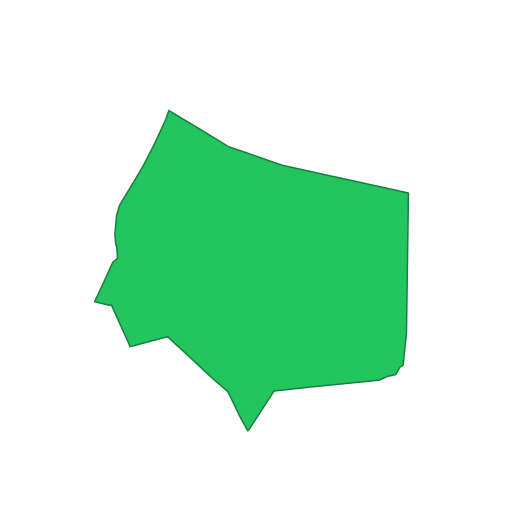 outline of Kebkabiya, North Darfur, Sudan, rotated 63°
{"feature_id": "16777658B23897511285986", "entity_name": "Kebkabiya", "entity_type": "district", "adm_level": 2, "iso_a3": "SDN", "parent_name": "Sudan", "parent_adm1": "North Darfur", "projection": "robinson", "projection_center": [24.187, 13.614], "detail": "fine", "context": "isolated", "style": "filled", "palette": "green", "viewbox_px": 512, "rotation_deg": 63, "n_neighbors": 0, "source": "geoboundaries", "source_scale": "gbopen_adm2", "svg_char_len": 2998}
<svg xmlns="http://www.w3.org/2000/svg" viewBox="0 0 512 512"><g transform="rotate(63 256 256)"><path d="M420.2,174.6L393.7,157.3L269.1,91.6L243.4,122.8L215.1,157.4L187.0,191.5L176.3,201.8L162.8,214.7L161.7,215.7L158.0,219.3L146.0,231.0L144.2,232.1L142.0,233.4L122.1,245.6L116.2,249.2L113.9,250.6L113.6,250.8L111.6,252.1L98.6,260.3L86.9,267.6L93.0,274.1L101.2,284.3L101.7,284.9L110.5,296.2L124.3,315.4L129.9,324.1L130.5,325.1L132.6,328.4L137.1,335.6L140.9,341.7L142.6,344.5L148.9,354.5L149.0,354.6L149.2,354.8L149.3,354.9L149.5,355.0L149.9,355.5L150.0,355.6L151.1,356.7L152.7,358.1L156.0,361.3L156.5,361.8L159.1,363.4L163.5,366.2L164.6,366.9L167.5,368.7L168.8,369.5L171.3,371.1L172.1,371.5L172.4,371.8L172.6,371.9L172.8,372.0L173.3,372.2L173.5,372.3L179.3,374.6L179.7,374.7L180.2,374.9L181.0,375.3L181.6,375.5L181.9,375.6L182.0,375.6L182.4,375.6L182.8,375.7L183.3,375.7L184.3,375.8L184.5,375.8L184.8,375.9L184.9,376.0L185.2,376.1L185.4,376.2L185.7,376.3L186.5,376.7L186.9,376.9L187.5,377.1L187.8,377.2L187.9,377.3L188.1,377.4L188.8,377.7L190.0,378.2L190.3,378.3L191.8,379.0L192.9,379.5L194.9,380.3L195.1,380.4L196.7,386.6L205.4,397.5L213.6,407.9L214.4,409.0L219.0,414.7L219.8,415.8L221.5,418.0L222.3,419.0L222.7,419.5L222.9,419.7L222.9,419.8L223.0,419.9L223.1,420.1L223.3,420.3L223.5,420.4L223.8,420.1L224.1,419.8L224.1,419.7L224.3,419.5L224.4,419.4L224.6,419.2L225.0,418.7L225.2,418.4L225.3,418.4L225.5,418.2L225.7,417.9L226.2,417.4L226.3,417.2L226.6,416.9L226.8,416.6L228.5,414.7L228.8,414.4L229.1,413.9L229.6,413.4L229.9,413.0L230.1,412.9L230.2,412.7L230.7,412.1L230.8,412.0L230.9,411.9L231.3,411.4L231.6,411.1L232.9,409.5L233.0,409.4L233.2,409.2L234.2,407.0L237.5,407.2L239.5,407.3L242.1,407.4L244.9,407.5L253.5,408.0L260.1,408.3L262.8,408.5L263.1,408.5L263.8,408.5L276.2,409.1L277.4,409.2L278.7,409.3L279.0,409.3L279.3,409.3L279.7,409.3L279.8,408.7L279.9,408.2L280.1,407.5L280.1,407.1L280.5,405.2L281.6,400.3L283.7,390.4L283.9,389.3L286.5,377.2L286.7,376.4L287.2,373.9L287.3,373.7L287.6,372.3L287.7,371.7L287.8,371.3L288.1,371.2L288.7,371.0L288.9,370.9L290.5,370.4L291.2,370.1L299.8,367.0L300.3,366.8L300.4,366.7L301.3,366.4L306.4,364.5L309.4,363.4L312.2,362.4L316.0,361.0L317.0,360.7L318.7,360.0L322.8,358.5L323.5,358.3L323.9,358.1L324.8,357.8L325.5,357.5L326.0,357.4L327.5,356.8L327.8,356.7L329.0,356.3L329.5,356.1L330.3,355.8L331.7,355.3L334.1,354.4L346.2,350.0L364.2,342.6L364.9,342.6L366.3,342.7L368.5,342.7L376.1,342.9L381.0,343.0L383.8,343.0L385.5,343.1L385.8,343.1L390.2,343.2L391.1,343.2L391.9,343.2L392.1,343.2L392.7,343.2L393.3,343.2L395.4,343.2L395.7,343.2L396.2,343.1L397.2,343.1L397.8,343.1L398.6,343.1L400.5,343.0L400.9,343.0L401.8,342.9L402.0,342.9L402.4,342.9L402.5,342.9L403.2,342.9L403.3,342.9L403.9,342.9L405.2,342.8L405.6,342.8L405.9,342.8L406.1,342.8L406.3,342.8L408.0,342.5L407.0,340.2L384.5,301.2L397.7,266.3L400.0,260.4L403.2,252.3L422.4,202.9L422.6,202.3L422.9,194.0L425.1,185.3L420.4,178.3L420.2,174.6Z" fill="#22c55e" stroke="#15803d" stroke-width="1.5"/></g></svg>